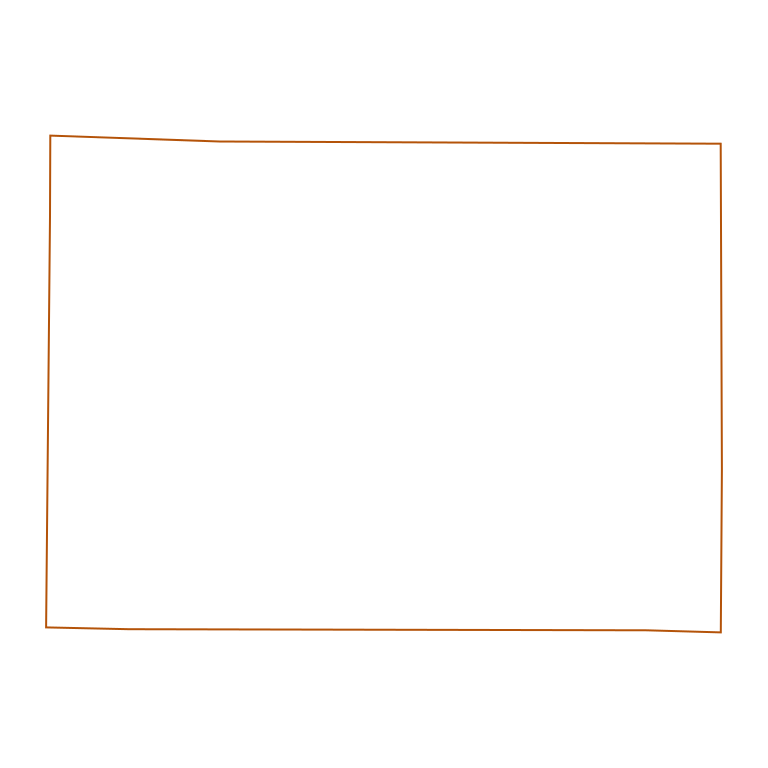 outline of Caldwell, Missouri, United States of America
{"feature_id": "52423323B90835669534324", "entity_name": "Caldwell", "entity_type": "district", "adm_level": 2, "iso_a3": "USA", "parent_name": "United States of America", "parent_adm1": "Missouri", "projection": "natural_earth1", "projection_center": [-94.016, 39.657], "detail": "fine", "context": "isolated", "style": "outline", "palette": "amber", "viewbox_px": 768, "rotation_deg": 0, "n_neighbors": 0, "source": "geoboundaries", "source_scale": "gbopen_adm2", "svg_char_len": 243}
<svg xmlns="http://www.w3.org/2000/svg" viewBox="0 0 768 768"><path d="M50.3,135.6L50.0,216.6L46.1,627.4L128.8,629.2L646.7,630.3L720.8,632.4L721.9,469.2L720.7,143.7L219.3,141.5L50.3,135.6Z" fill="none" stroke="#b45309" stroke-width="2"/></svg>